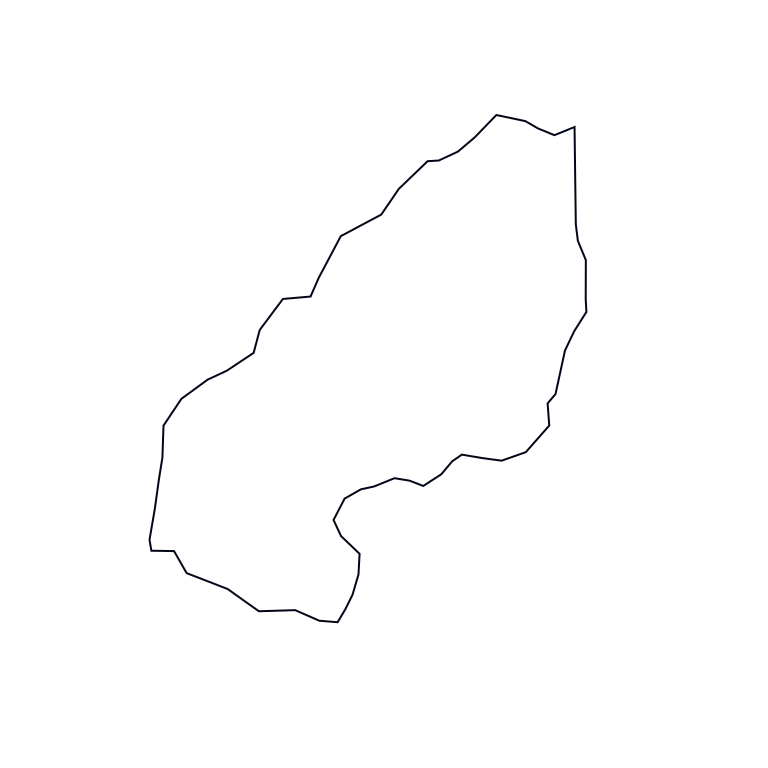 the district of Mesa Chorio, Paphos, Cyprus, rotated 155°
{"feature_id": "46923920B48384337432530", "entity_name": "Mesa Chorio", "entity_type": "district", "adm_level": 2, "iso_a3": "CYP", "parent_name": "Cyprus", "parent_adm1": "Paphos", "projection": "equal_earth", "projection_center": [32.469, 34.809], "detail": "fine", "context": "isolated", "style": "outline", "palette": "ink", "viewbox_px": 768, "rotation_deg": 155, "n_neighbors": 0, "source": "geoboundaries", "source_scale": "gbopen_adm2", "svg_char_len": 922}
<svg xmlns="http://www.w3.org/2000/svg" viewBox="0 0 768 768"><g transform="rotate(155 384 384)"><path d="M250.3,567.5L288.1,554.6L314.9,538.7L360.6,536.3L398.3,507.8L413.6,494.3L439.7,503.8L473.8,485.5L489.0,467.3L520.9,462.5L541.9,462.5L573.9,456.2L601.4,439.5L615.9,411.0L628.3,392.7L644.2,368.1L662.3,342.0L665.3,331.2L644.9,321.3L642.8,296.0L612.3,264.2L601.8,245.6L593.4,230.9L560.1,216.6L542.7,196.8L526.7,187.7L514.1,196.3L501.5,206.4L487.6,222.2L477.9,240.4L487.2,264.3L487.2,282.1L468.1,296.8L449.6,298.3L436.1,295.3L414.3,294.2L401.7,285.6L391.5,275.0L370.2,278.0L354.9,285.1L343.3,287.1L326.5,275.5L309.8,264.8L284.3,262.3L251.8,276.5L243.9,297.3L232.8,302.4L205.8,337.9L189.1,351.6L170.1,363.8L165.4,375.5L148.7,411.0L147.8,431.8L142.7,447.6L102.7,536.4L124.4,537.5L136.3,550.4L144.8,562.5L168.5,580.3L197.5,569.2L218.7,563.4L239.9,563.4L250.3,567.5Z" fill="none" stroke="#020617" stroke-width="2"/></g></svg>